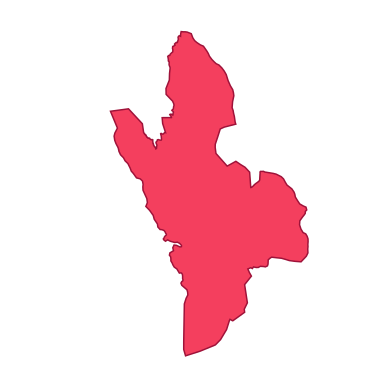 Rafi, Niger, Nigeria (Equal Earth projection), rotated 329°
{"feature_id": "59680162B49809531314946", "entity_name": "Rafi", "entity_type": "district", "adm_level": 2, "iso_a3": "NGA", "parent_name": "Nigeria", "parent_adm1": "Niger", "projection": "equal_earth", "projection_center": [6.279, 10.195], "detail": "fine", "context": "isolated", "style": "filled", "palette": "rose", "viewbox_px": 384, "rotation_deg": 329, "n_neighbors": 0, "source": "geoboundaries", "source_scale": "gbopen_adm2", "svg_char_len": 5665}
<svg xmlns="http://www.w3.org/2000/svg" viewBox="0 0 384 384"><g transform="rotate(329 192 192)"><path d="M163.7,80.8L161.0,98.8L156.2,101.8L154.0,104.0L152.4,107.9L151.8,111.1L151.6,114.1L151.6,114.7L151.6,115.1L151.5,115.3L151.5,116.0L151.3,116.8L151.2,116.9L151.1,117.2L150.9,118.0L150.3,119.6L150.2,120.6L150.2,120.9L150.1,121.6L150.1,121.9L149.9,123.2L150.3,124.8L150.3,125.0L150.6,126.0L150.7,126.5L150.9,127.5L150.7,130.8L151.7,134.6L151.3,139.6L150.7,142.8L151.3,146.1L151.3,146.8L151.4,147.1L151.5,149.1L151.6,149.7L151.6,149.8L151.7,151.3L154.4,154.1L155.2,157.1L154.0,160.3L152.5,162.3L150.9,165.3L149.9,174.3L148.3,178.1L146.5,179.5L145.0,180.6L146.2,185.8L146.7,192.1L145.6,195.9L145.9,201.6L144.7,204.4L145.3,207.7L146.9,208.9L148.2,210.6L148.4,212.5L148.2,213.4L148.3,214.9L147.9,215.6L146.6,215.8L145.4,216.2L144.6,216.9L143.3,217.4L143.1,218.3L143.9,220.5L146.5,220.5L148.0,223.0L151.2,226.4L153.6,227.5L154.9,229.6L155.5,232.3L154.8,233.4L153.4,232.9L151.2,229.7L149.3,228.2L146.8,229.9L145.9,232.8L141.7,232.8L140.1,234.5L140.3,236.5L139.6,238.2L138.4,240.2L138.4,242.7L138.1,244.7L138.1,247.3L139.4,250.1L139.4,255.0L140.3,255.3L141.3,256.1L141.3,257.8L140.5,259.5L139.4,261.3L139.0,262.7L138.1,263.5L137.1,263.5L135.6,264.4L135.2,266.7L137.3,273.2L136.7,275.5L135.4,278.1L132.2,280.1L127.8,284.0L107.9,315.9L103.8,322.7L102.1,329.1L116.9,332.6L133.3,335.1L140.5,333.2L150.8,327.7L157.9,321.4L159.0,320.7L160.2,322.8L160.3,323.1L160.8,323.4L175.2,322.2L176.4,319.4L182.4,315.5L189.4,298.5L199.6,294.7L199.7,290.8L200.2,286.7L203.4,287.2L204.3,288.7L206.1,287.9L208.2,289.8L209.9,290.8L212.3,290.9L214.9,292.7L216.4,294.0L218.6,294.2L220.0,293.0L222.4,289.4L224.9,288.9L226.7,288.9L230.6,291.9L234.6,294.9L237.7,298.2L240.1,300.9L244.6,304.5L249.5,308.0L254.3,306.7L257.0,305.9L260.0,303.9L261.9,300.4L263.3,298.5L264.3,296.6L265.9,294.4L267.3,291.9L267.9,289.2L267.9,286.4L266.3,284.0L266.3,279.9L267.3,275.5L269.6,272.2L274.0,270.3L276.2,269.5L278.0,268.7L279.2,267.0L281.1,266.5L281.9,263.7L280.2,261.3L278.2,257.7L278.0,253.6L278.0,249.5L279.0,246.8L279.4,244.6L279.2,240.7L277.0,235.0L277.0,231.7L277.2,227.9L276.4,224.9L276.0,224.2L275.9,224.1L275.7,223.8L275.4,223.3L274.9,222.5L273.3,220.0L271.1,217.8L264.6,212.3L264.0,211.2L261.3,209.6L260.6,209.9L260.5,210.1L260.4,210.3L260.3,210.5L260.2,210.7L260.1,211.0L259.7,211.4L258.5,213.2L257.0,215.4L256.7,215.9L256.5,216.1L256.4,216.3L256.2,216.5L255.8,216.9L255.6,217.0L255.3,217.1L255.1,217.1L254.6,217.2L254.4,217.3L253.9,217.3L253.7,217.4L252.6,217.5L251.1,217.6L248.9,217.9L248.6,218.2L248.1,218.2L247.1,218.5L245.8,218.6L245.4,218.7L245.0,218.5L244.7,218.4L251.6,204.7L250.2,198.1L247.7,193.3L245.4,188.3L235.5,187.9L232.4,171.3L234.9,165.6L236.6,163.0L242.2,158.2L248.7,152.5L253.1,153.0L264.5,156.4L265.0,154.3L267.2,149.1L268.2,145.9L269.2,143.4L269.8,140.4L273.3,135.5L277.4,131.1L278.6,128.4L279.6,125.3L279.6,120.7L280.3,115.1L281.8,109.0L281.9,105.0L281.5,101.0L280.5,97.0L278.8,94.5L278.0,91.7L277.3,88.7L276.9,84.6L277.3,81.6L277.3,78.6L276.9,72.9L274.9,70.1L273.1,66.3L272.2,63.5L272.1,60.3L272.9,55.9L270.2,52.4L268.4,51.0L267.3,50.4L265.3,48.9L264.4,49.9L263.3,51.1L262.4,52.6L261.8,51.7L260.9,51.5L259.8,52.1L258.9,54.1L257.5,55.3L256.6,56.2L255.9,56.3L255.6,55.7L254.2,55.9L253.2,56.2L253.2,57.0L253.1,57.4L252.0,57.4L251.2,57.6L250.4,57.3L249.9,58.0L249.3,58.7L248.9,60.0L248.3,61.1L247.6,62.0L246.1,62.2L244.9,62.5L244.6,62.6L244.1,62.7L243.6,63.3L243.1,63.5L242.1,62.9L240.9,63.5L240.7,64.6L240.3,65.3L240.2,65.8L239.8,66.4L239.6,67.2L239.2,67.4L239.4,68.9L239.3,69.1L238.9,69.5L238.7,69.8L238.6,70.1L238.4,70.4L238.0,70.9L237.8,71.5L237.7,71.9L237.6,72.4L237.4,73.6L237.1,74.5L233.8,78.8L230.2,84.4L223.0,89.9L220.1,95.0L221.9,103.1L222.2,104.1L222.0,105.1L221.9,106.4L221.6,107.5L221.4,108.1L221.2,108.5L220.9,108.8L220.5,109.0L218.9,111.0L218.7,111.2L217.1,111.5L216.8,111.6L216.8,112.0L216.9,112.3L217.2,112.9L217.3,113.5L217.3,113.9L217.1,114.1L216.9,114.4L216.5,114.5L216.3,114.7L216.0,115.4L215.4,116.1L215.2,116.2L215.0,115.8L214.8,115.5L214.5,114.8L214.0,114.4L213.5,114.2L213.3,114.1L213.0,114.1L212.7,114.3L212.8,114.6L213.0,114.9L213.0,115.4L213.0,116.0L212.9,116.6L212.9,116.8L212.9,117.4L212.8,117.5L212.7,117.6L204.7,112.9L202.1,118.2L199.9,127.5L199.5,127.1L199.0,126.9L198.0,127.4L197.5,127.5L196.9,127.3L196.4,127.1L195.8,125.9L195.5,125.8L195.1,125.9L194.4,128.3L193.8,129.5L193.2,130.8L192.7,131.5L192.4,131.7L192.1,131.6L191.7,131.4L191.2,130.9L190.7,130.4L190.1,129.7L189.5,129.5L189.1,129.5L188.7,130.1L187.6,130.5L186.9,130.7L186.5,131.2L186.2,132.5L186.3,132.7L186.0,133.9L185.3,134.6L184.8,135.2L184.2,136.2L183.8,136.4L183.2,136.4L183.3,136.0L183.4,135.3L183.4,135.2L183.5,134.2L183.2,133.9L183.1,133.7L183.3,133.3L183.3,132.8L183.2,132.6L183.3,132.3L183.3,132.2L183.2,132.1L183.3,131.9L183.4,131.7L183.4,131.4L183.6,131.2L183.7,130.9L183.6,130.7L183.5,130.3L183.6,130.2L183.8,130.2L183.9,129.9L184.0,129.2L184.1,128.8L184.2,128.7L184.6,128.3L184.7,127.8L184.8,127.6L185.0,127.5L185.1,127.4L185.2,127.1L184.9,127.0L184.8,126.9L184.7,126.6L184.7,126.4L184.2,126.3L183.9,126.2L183.7,125.8L183.5,125.4L183.3,124.9L183.3,124.7L183.4,124.4L183.4,124.2L183.2,123.8L183.0,123.7L182.7,123.7L182.4,123.5L182.4,123.2L182.1,122.7L181.9,122.8L181.8,122.6L181.8,122.3L181.9,122.1L181.8,121.9L181.7,121.8L181.8,121.7L181.6,121.2L181.5,120.9L181.7,120.5L181.7,120.0L181.9,119.7L181.8,119.3L181.7,119.1L181.4,119.1L181.4,118.8L181.4,118.7L181.3,118.4L181.2,118.2L181.4,117.7L181.5,117.4L181.4,117.3L181.3,117.2L181.2,117.2L181.2,116.8L181.2,116.6L181.1,116.3L184.6,107.9L180.4,88.0L163.7,80.8Z" fill="#f43f5e" stroke="#9f1239" stroke-width="1.5"/></g></svg>